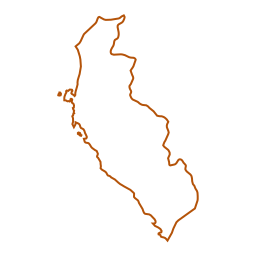 SVG path tracing the border of Ica
{"feature_id": "PER-589", "entity_name": "Ica", "entity_type": "Department", "adm_level": 1, "iso_a3": "PER", "parent_name": "Peru", "parent_adm1": "", "projection": "natural_earth1", "projection_center": [-75.673, -14.21], "detail": "fine", "context": "isolated", "style": "outline", "palette": "amber", "viewbox_px": 256, "rotation_deg": 0, "n_neighbors": 0, "source": "natural_earth", "source_scale": "10m", "svg_char_len": 4067}
<svg xmlns="http://www.w3.org/2000/svg" viewBox="0 0 256 256"><path d="M167.5,240.6L166.0,238.8L165.1,238.0L163.6,237.4L162.1,237.1L160.9,236.6L160.4,235.1L160.0,234.8L158.6,234.4L158.5,233.7L158.6,233.4L159.7,232.7L161.3,232.3L161.6,231.0L160.4,229.0L158.1,227.4L155.0,225.9L152.9,223.5L154.4,223.5L155.2,223.0L155.6,222.1L155.5,221.0L155.1,220.2L154.6,219.3L150.8,215.3L149.2,214.4L145.1,213.8L144.0,212.8L143.3,211.2L142.6,209.1L139.0,203.0L138.4,201.2L137.8,200.3L135.0,198.1L134.1,197.1L134.0,196.5L134.1,193.6L133.8,193.0L130.4,189.9L123.9,186.3L121.8,185.0L120.2,184.1L118.3,182.6L114.9,179.5L111.0,177.3L110.7,176.8L110.1,176.3L109.3,175.9L108.6,175.7L107.8,175.4L107.2,174.5L106.7,173.5L106.2,172.6L105.6,172.0L105.0,171.5L101.8,169.6L100.6,168.3L100.9,166.2L100.6,164.1L100.5,161.9L99.4,160.0L98.1,157.8L97.3,157.2L97.0,156.2L97.4,155.4L97.9,153.9L97.6,153.1L96.7,151.0L94.9,150.0L92.3,148.1L91.3,147.1L89.8,144.6L88.8,143.4L88.0,143.0L86.0,142.7L85.3,142.4L84.7,141.7L83.9,138.8L86.1,138.5L86.7,137.7L86.8,136.8L86.3,135.6L85.5,133.9L85.0,132.9L84.4,130.9L83.5,129.3L82.3,128.6L81.0,128.0L80.3,126.8L79.9,125.3L79.3,124.2L78.3,123.5L75.6,122.3L75.5,124.3L73.9,127.2L72.4,124.1L73.1,121.7L73.0,118.2L72.3,116.2L73.1,115.4L73.2,114.0L74.2,113.3L73.7,112.3L73.9,111.5L74.1,110.6L73.3,109.5L72.9,108.0L73.8,107.6L74.0,105.3L73.4,103.7L72.0,102.7L71.8,101.6L71.9,100.9L72.1,100.2L72.2,99.6L71.8,99.0L71.0,98.8L70.5,99.2L70.3,100.7L69.7,101.5L68.7,101.1L67.4,101.3L65.9,100.4L64.3,100.3L64.3,97.9L64.5,96.6L65.6,93.7L66.4,92.4L66.1,91.2L66.8,90.5L68.2,90.9L69.6,89.6L71.0,89.6L72.0,89.8L72.4,90.8L71.6,92.1L71.4,93.4L72.1,94.1L73.2,94.7L74.6,96.0L75.3,95.0L75.3,93.1L75.7,91.2L76.9,87.1L77.6,84.3L77.5,82.5L77.8,80.0L78.7,77.0L79.6,74.1L80.9,66.5L80.4,59.6L79.8,56.3L77.8,49.8L75.6,46.4L79.3,43.3L80.6,41.3L83.5,35.0L84.1,34.0L95.3,23.5L96.1,22.5L96.6,21.5L97.7,18.5L98.3,17.4L98.9,17.0L99.4,16.9L99.7,17.0L99.8,17.1L100.1,17.3L103.9,19.4L105.7,19.9L111.1,19.7L118.5,18.5L119.6,18.1L121.7,16.4L123.8,15.4L124.3,16.3L124.5,16.7L124.6,17.1L124.5,17.7L124.2,18.9L123.3,20.9L122.6,21.9L121.8,22.6L118.8,24.3L118.2,24.8L117.7,25.7L117.6,27.1L118.6,32.1L118.7,33.4L118.7,34.9L118.3,36.9L117.8,38.0L117.1,38.7L115.6,39.5L114.9,40.0L114.5,40.7L114.2,41.7L113.9,43.9L113.6,45.0L113.3,45.8L111.9,48.1L111.1,49.7L110.8,50.7L110.7,51.7L110.8,52.7L111.1,53.5L111.7,54.1L113.8,54.7L119.2,54.4L120.9,54.3L122.5,54.5L125.0,55.2L129.1,57.2L130.8,57.6L133.7,57.8L134.5,58.2L135.2,58.7L135.7,59.7L133.4,66.3L132.5,67.8L131.5,69.2L130.6,70.6L132.1,74.8L132.9,76.5L133.2,77.5L133.2,78.7L130.8,84.1L129.6,85.7L129.4,86.9L129.6,87.6L129.8,88.6L131.0,90.9L131.2,91.8L131.0,92.7L130.3,94.2L130.1,95.0L130.4,95.9L131.1,97.5L131.7,98.5L132.7,99.5L137.2,101.6L138.2,102.2L139.5,103.4L140.6,104.1L142.1,104.8L143.2,105.0L146.2,105.3L146.9,105.7L148.0,106.4L149.4,107.9L153.6,111.3L157.1,115.7L159.3,116.2L161.7,116.3L162.6,116.6L163.7,117.0L165.1,117.9L166.8,119.5L168.3,121.8L167.5,123.4L167.1,124.3L166.8,125.7L166.9,127.3L168.3,130.9L168.7,132.5L168.2,134.2L165.3,140.7L164.4,142.1L163.8,143.6L163.2,145.3L163.8,146.2L164.4,146.9L167.8,149.6L168.4,150.2L168.8,150.9L169.6,152.5L169.7,153.7L169.7,154.6L168.1,158.2L169.1,162.1L169.3,164.5L169.6,165.1L170.3,165.4L174.4,164.5L175.2,164.2L175.8,163.7L176.4,163.1L178.3,160.1L178.9,159.6L179.7,159.3L180.5,159.4L181.3,159.7L182.1,160.4L182.7,161.3L183.6,162.8L184.4,163.6L185.1,164.4L185.6,165.0L185.9,165.9L185.4,168.3L185.4,169.5L186.2,170.8L186.9,171.6L190.3,174.4L190.8,175.0L191.3,175.7L191.7,176.9L192.0,178.5L192.2,181.3L192.9,184.0L194.4,185.9L195.4,188.5L196.8,190.7L197.2,191.7L197.5,192.8L197.7,196.1L197.7,199.2L197.5,200.6L194.9,208.5L178.3,220.4L176.4,222.3L173.6,228.1L173.0,229.6L172.4,231.4L171.9,232.8L167.5,240.6L167.5,240.6ZM60.4,93.2L60.9,93.5L60.9,94.4L60.6,95.3L59.8,95.5L59.0,95.5L58.3,95.3L58.5,94.2L59.2,93.4L59.4,92.5L60.2,92.6L60.4,93.2ZM79.9,132.9L80.4,133.9L80.6,134.7L81.4,135.2L81.1,135.8L80.2,135.6L79.0,134.5L77.9,133.9L77.9,132.9L78.5,132.5L79.9,132.9Z" fill="none" stroke="#b45309" stroke-width="2"/></svg>